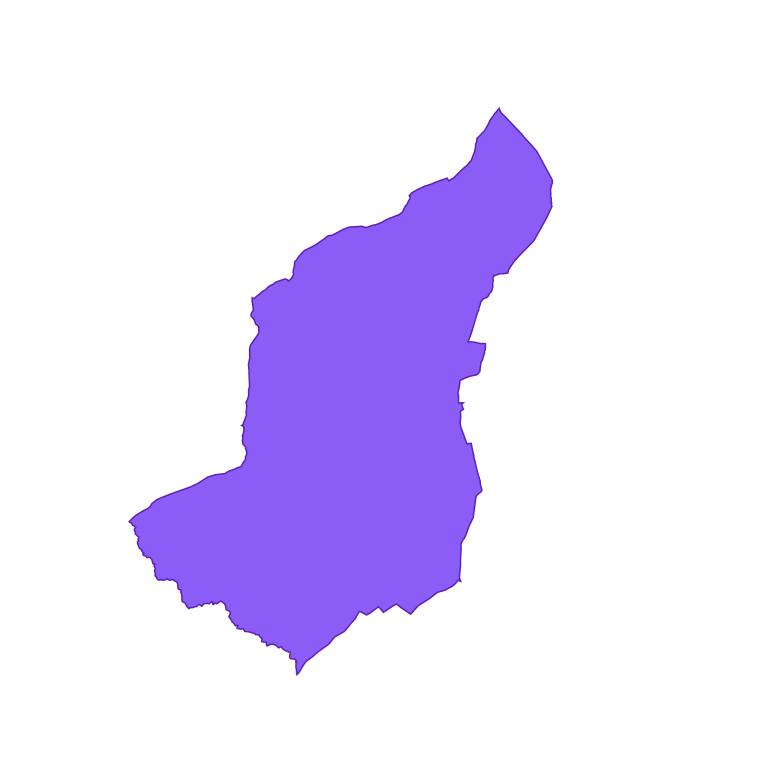 Motavita, Boyacá, Colombia, rotated 28°
{"feature_id": "7082276B58425641654458", "entity_name": "Motavita", "entity_type": "district", "adm_level": 2, "iso_a3": "COL", "parent_name": "Colombia", "parent_adm1": "Boyacá", "projection": "natural_earth1", "projection_center": [-73.383, 5.614], "detail": "fine", "context": "isolated", "style": "filled", "palette": "violet", "viewbox_px": 768, "rotation_deg": 28, "n_neighbors": 0, "source": "geoboundaries", "source_scale": "gbopen_adm2", "svg_char_len": 6162}
<svg xmlns="http://www.w3.org/2000/svg" viewBox="0 0 768 768"><g transform="rotate(28 384 384)"><path d="M438.4,127.5L436.8,124.9L410.1,107.1L403.6,104.4L392.1,100.4L387.0,98.3L365.7,91.2L360.4,89.7L357.7,87.9L356.3,86.6L354.8,93.5L354.7,95.7L354.2,98.1L353.8,101.7L354.1,105.4L353.9,113.0L351.5,121.4L350.8,123.1L350.8,123.6L352.0,126.4L352.3,128.1L352.2,129.1L353.4,131.4L354.9,136.2L356.1,146.1L355.5,147.6L354.9,151.4L353.1,155.7L350.3,164.1L349.0,168.8L345.7,174.3L343.1,172.6L335.7,180.6L331.9,185.3L327.1,190.2L322.3,196.6L319.3,201.3L318.4,203.0L318.3,204.9L318.0,205.1L317.9,206.0L319.2,206.5L319.9,207.8L319.7,211.3L320.0,214.2L319.2,217.7L319.7,223.0L319.6,223.7L318.1,226.5L317.4,228.5L316.5,228.7L315.2,230.5L311.2,235.0L308.3,238.8L306.1,242.4L303.7,245.3L301.3,247.8L299.7,249.0L295.7,253.4L293.7,254.7L291.2,254.9L290.2,255.3L279.9,261.6L275.6,266.3L268.5,276.8L265.3,279.3L264.4,280.5L263.0,284.2L261.4,287.0L259.7,290.7L257.0,295.3L251.2,303.3L250.7,304.5L248.9,311.4L248.5,315.7L247.8,318.0L249.7,322.4L250.2,325.0L251.3,328.1L252.6,329.5L252.8,331.3L252.6,334.2L252.0,336.4L251.1,337.8L249.0,337.3L247.2,337.8L241.2,344.2L240.1,345.9L239.2,348.3L237.8,349.7L236.6,352.0L235.9,353.6L235.0,357.0L233.7,358.4L233.1,359.7L231.4,364.2L230.2,366.8L229.5,368.9L228.5,369.9L227.2,369.8L228.8,373.0L230.8,375.4L233.7,379.7L233.9,380.4L233.7,383.8L234.3,385.9L234.9,386.4L238.8,387.9L242.6,391.3L246.3,392.1L246.8,392.6L247.7,394.7L249.0,396.5L249.3,397.3L249.4,399.8L247.9,411.8L248.3,414.2L249.1,416.6L253.3,424.1L255.1,430.3L258.7,435.8L259.5,437.4L265.6,447.8L266.6,449.7L267.2,452.7L269.9,457.7L270.8,462.2L270.9,465.2L272.6,467.0L273.7,468.9L275.5,473.7L276.3,474.5L277.2,476.4L278.5,486.0L277.8,487.5L278.2,487.6L279.5,487.2L280.4,487.9L282.1,490.8L282.6,492.1L283.1,494.4L283.1,496.0L283.3,496.3L284.2,496.3L284.2,497.4L284.9,498.2L285.5,500.3L287.5,503.0L288.1,503.6L290.7,504.2L291.6,504.7L291.9,505.9L293.0,506.6L295.2,509.3L295.9,510.8L295.9,513.3L296.9,515.2L297.0,516.3L296.5,520.1L296.7,523.7L296.4,524.3L294.0,526.6L291.3,530.3L288.3,533.3L286.6,535.8L285.9,537.6L277.7,543.3L271.9,549.1L266.4,559.1L261.2,566.0L247.0,581.6L239.0,591.0L237.1,594.2L235.2,598.6L235.1,601.7L233.8,605.0L231.0,608.9L226.7,616.2L225.0,620.5L224.1,623.9L223.6,625.1L224.1,625.5L225.0,625.3L226.4,625.5L228.4,626.7L230.9,626.7L232.0,627.1L232.1,627.3L231.7,629.0L232.0,630.1L234.2,631.9L234.8,633.1L239.5,634.5L239.7,634.9L239.7,636.6L240.4,637.1L240.8,637.8L240.4,639.0L240.9,640.0L242.1,641.3L245.3,643.9L247.5,644.0L247.8,644.1L248.1,645.1L250.0,645.8L251.0,645.8L251.3,646.0L250.9,647.2L251.8,648.2L254.8,647.7L255.8,648.5L257.0,648.1L258.1,647.1L259.1,647.1L261.8,648.3L262.1,648.9L263.1,649.5L263.5,650.4L264.2,651.0L264.6,651.2L266.0,650.6L266.3,650.7L266.3,652.1L266.6,652.8L268.0,653.6L269.1,654.8L268.9,655.8L269.1,656.7L270.2,658.0L271.7,659.1L271.6,660.2L271.9,660.8L274.1,661.6L274.5,662.1L276.2,662.9L277.8,662.7L278.7,661.5L280.3,661.3L282.6,660.0L283.7,658.1L287.0,657.9L288.7,656.2L289.7,655.9L291.8,656.2L293.6,655.9L294.9,656.7L295.9,657.6L297.9,660.9L298.9,661.7L299.7,661.7L300.7,661.1L301.8,661.2L302.3,663.2L304.0,664.6L305.6,667.0L307.2,670.0L307.9,670.7L308.3,670.9L311.0,670.7L314.4,673.0L317.0,673.9L317.5,673.6L317.7,672.7L318.1,672.3L320.0,671.3L321.7,669.3L323.1,668.4L323.7,666.0L324.3,665.6L324.8,665.4L327.3,665.8L327.6,665.6L328.0,662.6L330.9,660.7L332.7,660.2L334.3,656.8L334.8,656.7L336.1,658.7L336.6,659.0L337.1,658.5L337.2,657.1L339.3,656.6L339.8,656.1L341.4,652.7L341.8,652.3L342.6,652.3L346.0,652.8L347.0,653.3L348.3,654.3L350.6,657.4L353.4,657.2L354.3,657.3L355.5,658.0L356.2,658.8L356.2,661.6L356.5,662.5L359.1,663.6L361.0,664.7L361.5,665.4L363.3,665.6L365.9,667.0L366.4,667.1L368.0,665.8L368.5,666.1L368.7,668.3L369.1,668.9L370.8,668.1L372.3,667.8L374.3,666.6L375.3,666.6L377.1,667.8L381.8,666.0L383.6,665.9L386.1,665.0L388.2,665.6L389.7,664.8L391.8,664.7L393.7,665.7L395.9,666.2L396.3,666.7L396.3,667.9L396.6,668.6L397.2,668.8L397.9,668.8L400.6,667.4L401.4,667.4L402.9,669.8L403.7,670.2L405.6,667.6L407.2,666.4L410.3,665.4L411.6,665.5L414.6,666.4L415.1,666.2L416.2,664.5L416.8,664.3L418.7,665.3L421.4,665.7L425.8,665.4L426.8,664.8L427.3,664.8L428.6,669.0L429.3,669.9L430.6,670.4L432.5,669.3L435.6,668.9L436.0,669.3L436.5,670.6L437.0,670.2L437.3,671.5L439.0,675.1L441.9,678.8L441.9,679.4L443.5,681.4L444.4,678.3L444.8,670.3L445.4,665.5L448.9,658.4L451.4,651.6L457.4,639.6L459.2,630.4L465.0,621.4L466.6,614.9L467.0,611.2L468.0,608.1L468.8,604.3L468.8,599.3L469.1,596.1L477.1,596.1L479.0,593.2L483.8,583.2L490.7,585.9L495.4,577.0L498.3,572.4L503.7,573.4L515.5,574.7L516.7,570.9L516.8,569.2L517.6,566.7L518.3,563.7L525.0,551.9L528.9,542.9L534.6,537.5L537.0,533.6L538.8,531.4L540.3,528.1L541.0,525.4L541.2,522.7L544.4,522.3L541.7,519.8L540.8,518.2L536.6,508.0L534.4,504.0L529.3,493.0L527.6,490.3L527.1,489.0L526.8,486.8L527.0,484.3L527.4,482.5L527.2,481.4L527.3,479.6L525.9,470.2L525.4,459.9L518.9,442.5L518.1,439.7L518.4,437.8L520.4,433.3L520.4,432.4L520.1,431.5L516.3,427.5L515.8,426.6L515.4,426.4L514.8,425.0L514.2,424.3L508.8,418.9L502.6,412.0L501.0,409.9L498.3,407.2L497.1,405.3L493.6,401.4L488.9,395.5L487.3,396.3L485.5,397.8L484.9,397.6L471.8,385.7L469.7,383.0L466.9,376.5L464.3,372.4L466.0,368.9L464.2,367.6L462.6,365.7L462.1,364.9L462.9,363.4L461.5,363.9L459.0,365.9L457.7,363.9L455.6,359.8L453.5,357.3L451.6,350.5L449.4,345.2L453.1,340.3L456.1,336.9L461.4,332.5L461.9,331.5L462.4,330.0L462.7,327.4L462.0,326.3L459.6,319.6L459.5,315.7L458.6,313.0L458.7,311.8L458.2,310.7L458.5,309.9L457.2,307.8L457.4,306.2L454.9,301.2L454.6,300.8L452.1,301.9L450.8,302.8L444.3,304.6L438.4,307.2L437.2,298.1L433.1,277.6L432.8,274.1L432.1,272.3L431.7,269.0L430.9,265.7L431.9,261.9L433.8,259.6L434.9,257.1L434.6,254.9L435.5,251.5L434.2,246.4L433.6,245.8L432.8,244.2L431.7,241.0L430.3,239.3L430.1,236.4L430.9,236.5L431.6,235.4L434.9,231.9L437.2,230.9L441.2,227.9L440.4,224.8L440.7,219.6L441.6,213.4L443.0,207.8L448.9,187.8L449.1,185.6L449.6,160.6L448.9,148.4L447.5,146.7L447.1,145.5L446.0,144.7L444.8,142.0L442.6,139.4L442.0,137.8L439.7,134.1L438.4,128.9L438.4,127.5Z" fill="#8b5cf6" stroke="#5b21b6" stroke-width="1.5"/></g></svg>